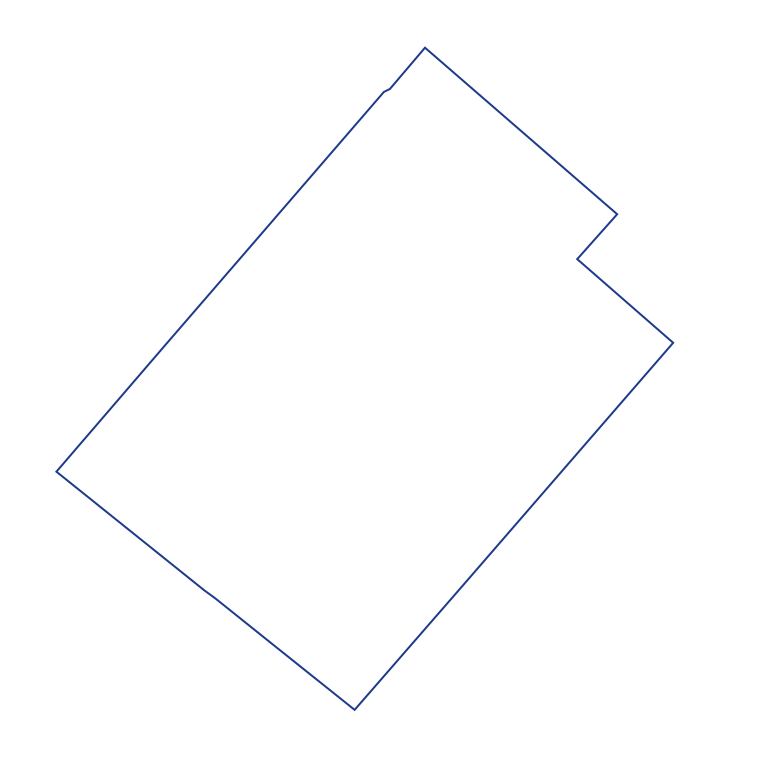 George, Mississippi, United States of America, rotated 131°
{"feature_id": "52423323B66820493102445", "entity_name": "George", "entity_type": "district", "adm_level": 2, "iso_a3": "USA", "parent_name": "United States of America", "parent_adm1": "Mississippi", "projection": "natural_earth1", "projection_center": [-88.654, 30.866], "detail": "fine", "context": "isolated", "style": "outline", "palette": "blue", "viewbox_px": 768, "rotation_deg": 131, "n_neighbors": 0, "source": "geoboundaries", "source_scale": "gbopen_adm2", "svg_char_len": 346}
<svg xmlns="http://www.w3.org/2000/svg" viewBox="0 0 768 768"><g transform="rotate(131 384 384)"><path d="M163.2,192.8L163.0,320.1L102.9,319.4L103.3,573.7L157.4,573.1L163.7,575.7L369.3,575.0L504.1,574.6L665.1,573.7L657.6,383.6L656.5,371.1L653.6,298.7L649.2,192.4L484.7,192.3L163.2,192.8Z" fill="none" stroke="#1e3a8a" stroke-width="2"/></g></svg>